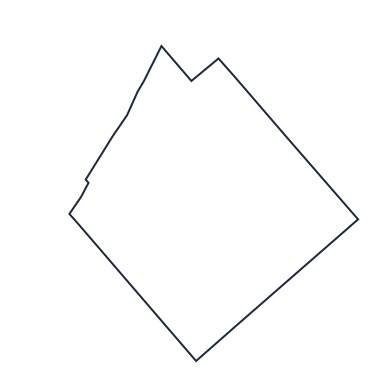 the district of St. Lucie, Florida, United States of America, rotated 229°
{"feature_id": "52423323B58883260045522", "entity_name": "St. Lucie", "entity_type": "district", "adm_level": 2, "iso_a3": "USA", "parent_name": "United States of America", "parent_adm1": "Florida", "projection": "albers", "projection_center": [-80.381, 27.382], "detail": "fine", "context": "isolated", "style": "outline", "palette": "slate", "viewbox_px": 384, "rotation_deg": 229, "n_neighbors": 0, "source": "geoboundaries", "source_scale": "gbopen_adm2", "svg_char_len": 374}
<svg xmlns="http://www.w3.org/2000/svg" viewBox="0 0 384 384"><g transform="rotate(229 192 192)"><path d="M61.8,84.2L62.1,137.1L62.4,299.4L169.0,299.4L250.3,299.8L275.4,299.6L276.2,264.4L322.2,264.7L307.2,228.3L303.5,217.0L292.6,193.5L286.1,168.6L271.1,119.9L266.8,119.9L261.1,105.1L255.9,85.1L241.2,85.2L61.8,84.2Z" fill="none" stroke="#1e293b" stroke-width="2"/></g></svg>